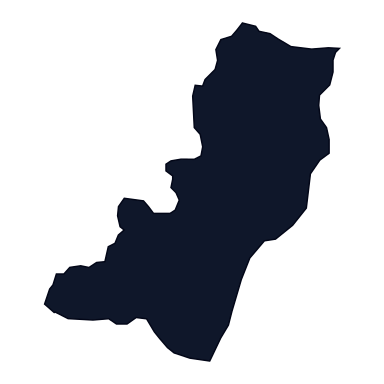 Kalmar, Kalmar, Sweden
{"feature_id": "70781695B81651026792808", "entity_name": "Kalmar", "entity_type": "district", "adm_level": 2, "iso_a3": "SWE", "parent_name": "Sweden", "parent_adm1": "Kalmar", "projection": "orthographic", "projection_center": [16.122, 56.719], "detail": "fine", "context": "isolated", "style": "filled", "palette": "ink", "viewbox_px": 384, "rotation_deg": 0, "n_neighbors": 0, "source": "geoboundaries", "source_scale": "gbopen_adm2", "svg_char_len": 1256}
<svg xmlns="http://www.w3.org/2000/svg" viewBox="0 0 384 384"><path d="M209.7,361.0L210.4,359.6L220.7,338.0L228.4,325.1L231.9,311.4L241.3,279.5L249.8,258.0L264.4,240.8L275.5,239.1L292.6,225.3L306.3,208.1L310.4,173.8L319.8,160.1L329.1,153.2L329.1,139.5L326.5,127.6L320.4,119.0L318.7,105.4L319.5,95.1L329.7,84.9L333.0,72.0L333.0,60.1L335.5,52.4L339.4,48.4L328.4,47.8L311.6,49.1L290.9,46.6L277.9,38.9L270.1,33.7L259.0,31.3L255.6,26.3L242.4,23.0L241.6,24.1L236.6,30.5L231.6,36.3L220.9,39.6L215.9,49.6L217.6,60.4L215.1,69.5L211.8,72.8L205.1,79.5L202.6,86.1L195.2,85.3L192.7,96.1L194.3,127.6L200.2,134.3L202.7,146.8L201.0,155.9L194.3,159.3L181.0,159.2L171.0,160.9L166.0,164.2L166.0,170.9L172.7,175.9L172.7,179.2L171.0,187.6L176.0,192.6L179.3,200.1L175.2,210.1L170.1,213.4L153.5,213.4L148.5,206.7L143.5,200.9L124.3,198.3L118.5,206.6L117.6,215.8L120.1,226.7L124.2,230.0L118.4,235.0L115.0,243.3L108.3,246.7L104.9,261.7L96.6,262.5L89.0,267.5L80.7,265.8L69.8,267.4L63.9,274.0L56.6,274.0L56.4,274.0L53.0,284.9L49.7,289.0L44.6,304.1L54.2,312.5L55.1,312.0L68.1,318.6L93.0,320.0L108.7,318.7L116.5,324.0L127.0,324.0L136.2,317.5L146.6,318.8L154.4,331.9L159.7,338.5L167.5,347.6L174.1,352.9L189.8,358.1L209.7,361.0Z" fill="#0f172a" stroke="#020617" stroke-width="1.5"/></svg>